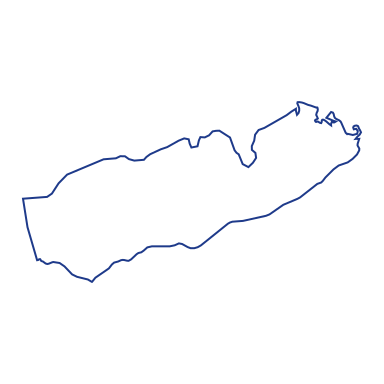 the border of Mtwara
{"feature_id": "TZA-3388", "entity_name": "Mtwara", "entity_type": "Region", "adm_level": 1, "iso_a3": "TZA", "parent_name": "United Republic of Tanzania", "parent_adm1": "", "projection": "orthographic", "projection_center": [39.572, -10.772], "detail": "fine", "context": "isolated", "style": "outline", "palette": "blue", "viewbox_px": 384, "rotation_deg": 0, "n_neighbors": 0, "source": "natural_earth", "source_scale": "10m", "svg_char_len": 2523}
<svg xmlns="http://www.w3.org/2000/svg" viewBox="0 0 384 384"><path d="M359.2,150.4L357.0,154.5L352.6,158.9L347.7,162.4L338.7,165.5L333.5,169.4L325.4,177.5L322.8,180.9L321.2,182.5L317.3,183.9L300.1,197.4L297.5,198.8L283.3,204.8L269.5,214.4L266.0,215.8L243.0,220.9L232.4,221.7L230.0,222.5L227.9,223.7L200.9,245.4L197.7,247.2L194.3,248.2L190.6,248.2L187.7,247.1L182.1,244.0L178.9,243.4L174.7,245.3L169.9,246.3L152.0,246.3L147.3,247.4L143.7,250.6L141.3,252.3L138.4,253.0L136.6,254.2L131.1,259.4L128.6,260.8L127.1,260.7L124.1,260.0L122.5,259.9L121.0,260.2L118.2,261.5L114.1,262.6L111.9,264.5L108.9,268.4L95.4,277.7L92.0,281.9L91.9,281.9L87.9,279.5L77.0,276.8L72.1,274.4L64.5,266.4L59.6,263.0L53.2,262.0L51.9,262.4L48.8,263.7L47.3,264.0L45.6,263.5L42.9,261.5L41.6,261.1L41.1,260.8L40.4,259.5L40.2,259.2L39.3,259.2L38.6,259.6L38.2,260.0L37.1,260.2L27.5,227.2L23.0,198.7L47.1,196.9L51.9,193.6L58.6,183.3L67.1,174.6L103.6,159.3L115.9,158.3L120.3,156.2L125.0,156.3L128.9,159.1L134.3,160.6L143.9,159.8L146.4,157.0L150.2,154.2L160.8,149.3L167.2,147.1L178.6,140.7L184.2,138.4L188.7,139.3L189.7,143.7L191.4,147.5L197.5,146.3L198.9,140.4L200.4,137.1L204.8,137.4L209.1,135.3L212.6,131.4L216.1,130.8L219.4,130.7L230.0,137.5L234.6,150.3L236.5,152.8L238.7,154.3L242.7,164.1L248.4,167.1L252.9,162.8L256.1,157.9L255.4,152.9L251.9,149.9L251.8,146.1L254.2,140.7L255.1,134.7L258.6,130.0L264.4,127.9L286.6,115.2L291.4,111.6L295.9,108.8L295.9,110.6L297.0,114.8L298.5,113.1L299.2,110.8L299.2,108.4L298.5,106.2L297.3,103.4L297.6,102.2L299.2,102.1L301.8,102.5L303.8,103.1L308.1,104.9L310.8,105.6L316.3,107.6L317.0,107.4L317.4,107.6L317.8,109.2L317.6,111.0L316.7,112.8L316.2,114.9L317.3,117.2L317.8,118.5L316.7,119.3L315.4,119.8L315.0,120.7L315.7,121.8L316.4,121.9L317.2,121.6L317.8,121.5L320.1,122.9L321.2,123.1L321.7,122.0L321.8,120.6L322.2,119.8L323.0,119.6L324.5,120.2L326.2,121.4L329.4,124.2L331.1,125.4L331.0,124.2L331.3,123.3L331.6,122.5L332.0,121.5L333.1,122.3L333.9,122.5L334.7,122.2L335.8,121.5L333.5,120.8L326.4,117.8L331.1,112.0L332.9,112.6L333.7,114.1L334.1,116.1L334.8,117.8L336.0,118.8L339.1,120.3L340.6,121.5L341.3,122.8L345.7,132.8L347.1,134.1L347.5,133.8L352.1,134.8L352.8,135.0L357.2,133.8L357.8,131.0L356.2,128.8L353.8,129.3L353.2,127.6L353.6,126.4L354.9,125.7L356.6,125.5L357.9,126.0L358.5,127.1L359.0,128.6L359.8,129.8L361.0,132.3L359.7,134.6L357.4,136.7L355.6,138.9L356.5,138.8L358.3,139.0L359.2,138.9L357.7,143.6L357.5,145.2L357.9,146.2L358.6,147.3L359.3,148.6L359.2,150.4Z" fill="none" stroke="#1e3a8a" stroke-width="2"/></svg>